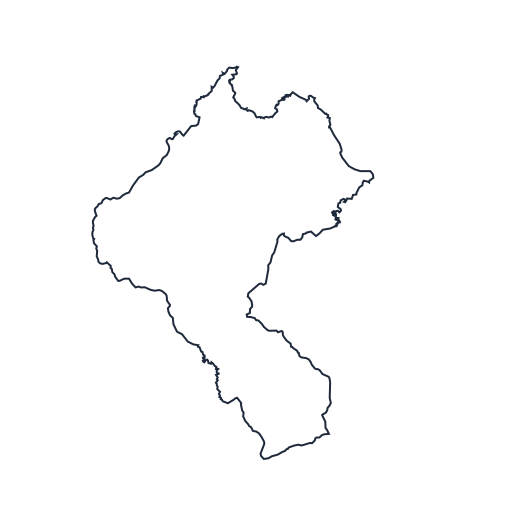 the district of Maros, Sulawesi Selatan, Indonesia, rotated 124°
{"feature_id": "22746128B73491405172020", "entity_name": "Maros", "entity_type": "district", "adm_level": 2, "iso_a3": "IDN", "parent_name": "Indonesia", "parent_adm1": "Sulawesi Selatan", "projection": "orthographic", "projection_center": [119.695, -4.965], "detail": "fine", "context": "isolated", "style": "outline", "palette": "slate", "viewbox_px": 512, "rotation_deg": 124, "n_neighbors": 0, "source": "geoboundaries", "source_scale": "gbopen_adm2", "svg_char_len": 6144}
<svg xmlns="http://www.w3.org/2000/svg" viewBox="0 0 512 512"><g transform="rotate(124 256 256)"><path d="M312.2,154.5L312.6,157.3L314.7,161.7L314.6,164.1L312.4,166.4L312.7,167.2L311.6,168.9L311.5,174.4L311.1,175.0L311.6,176.2L309.3,178.3L309.0,183.4L307.3,188.1L306.4,189.6L304.1,191.3L303.8,192.8L306.9,195.1L306.4,197.3L310.7,203.4L311.0,204.8L310.4,209.7L309.1,213.0L308.1,217.9L309.1,220.1L308.2,222.4L309.6,226.3L311.4,229.3L309.7,231.0L306.7,229.2L303.3,231.3L300.3,230.9L299.0,231.6L296.1,234.3L294.4,238.5L294.3,240.1L291.2,241.5L277.2,237.7L275.9,236.1L275.8,233.8L273.4,232.5L260.0,238.4L256.8,240.7L253.3,240.4L246.6,242.9L242.8,242.9L231.9,246.3L230.5,247.6L226.4,247.9L222.9,246.6L221.8,245.4L222.9,244.9L223.6,243.5L222.9,239.2L224.0,235.1L222.7,233.0L219.6,231.0L217.7,228.3L215.0,228.0L211.6,229.3L209.6,227.4L208.4,227.2L205.0,224.1L205.9,217.4L201.8,216.0L196.9,215.3L191.5,209.7L187.8,207.5L186.3,205.9L185.6,206.0L185.8,206.8L185.3,206.6L184.6,207.3L183.3,206.3L182.9,207.1L181.9,206.8L181.0,207.3L181.2,205.3L180.8,205.3L179.9,207.5L180.7,208.7L179.7,209.6L178.9,208.6L178.4,208.8L179.0,209.9L181.2,210.0L181.3,210.5L177.2,212.6L178.8,213.5L179.0,214.6L176.1,214.3L176.6,215.7L178.0,216.1L177.3,217.3L175.3,216.7L174.8,215.3L172.7,213.5L173.2,211.3L170.8,210.9L169.8,212.1L169.6,215.6L166.3,217.1L164.8,216.0L162.5,216.9L159.7,215.4L159.4,213.5L160.2,213.0L161.9,213.3L161.6,212.2L159.8,212.1L157.4,212.6L155.1,208.6L151.1,209.7L148.9,207.2L147.4,208.0L141.5,208.8L137.9,207.4L135.3,208.6L133.3,208.7L131.9,205.1L131.8,203.3L130.2,204.1L125.6,202.4L123.9,203.9L122.7,205.2L121.7,208.7L127.3,217.0L129.0,222.8L129.6,229.3L126.2,239.6L123.7,243.6L123.0,244.1L121.7,243.6L120.1,244.4L116.1,249.4L112.2,258.8L108.2,266.2L108.6,267.3L107.4,267.9L106.6,267.5L105.5,267.8L102.9,270.7L100.4,271.9L101.2,274.2L99.7,274.3L98.8,275.1L99.1,276.2L98.7,277.4L99.4,278.0L98.4,284.3L98.6,287.4L96.7,289.1L95.1,294.3L94.0,295.1L92.1,295.5L92.7,297.3L92.5,299.9L93.5,301.4L94.5,301.4L96.0,299.9L99.4,300.6L98.6,302.1L99.8,308.8L99.7,317.1L101.9,317.6L103.9,317.3L103.9,318.6L104.8,319.4L105.2,318.4L105.8,318.5L105.0,320.3L106.1,321.4L106.8,321.0L106.4,319.7L107.9,320.4L107.9,321.3L109.3,322.1L109.1,321.2L110.1,321.1L110.1,320.0L110.6,319.9L111.2,320.5L110.7,321.2L110.9,322.3L112.3,322.0L115.1,323.8L117.1,322.4L118.9,322.5L119.0,323.5L119.8,323.6L122.8,322.8L122.8,320.6L124.3,319.1L127.1,319.9L131.8,320.2L132.0,321.4L134.0,322.8L134.9,325.3L136.6,326.6L137.4,326.4L137.9,329.1L138.8,329.4L138.5,330.5L140.6,332.8L140.3,334.1L138.5,337.0L138.1,339.5L139.1,343.5L140.3,344.0L140.1,345.8L138.9,346.3L141.0,347.8L141.0,349.4L141.6,351.0L140.0,354.5L139.1,360.0L137.9,361.5L137.2,363.6L133.0,364.1L132.2,364.6L131.8,367.6L129.0,370.1L128.0,371.9L127.7,371.8L127.5,374.4L126.9,374.6L126.7,375.5L125.7,375.4L125.6,376.3L124.6,376.4L123.1,374.6L120.8,373.9L119.8,374.7L119.0,377.0L116.5,374.1L115.4,373.8L113.2,376.7L109.5,376.5L109.8,377.8L111.0,378.0L113.5,380.8L114.7,383.5L117.3,384.1L119.0,383.5L122.6,383.9L122.7,386.0L123.8,384.6L126.9,386.6L129.1,385.5L132.0,386.1L138.2,385.4L140.5,385.7L140.5,387.4L143.9,385.0L147.8,386.0L148.9,385.7L149.2,386.3L150.5,386.4L151.7,387.5L153.4,388.0L153.0,388.9L154.3,389.4L154.9,390.5L156.5,389.9L160.3,392.2L161.0,391.6L161.7,391.7L162.0,390.9L163.9,389.9L165.0,389.7L165.3,390.6L166.0,389.9L166.6,390.5L167.4,389.6L167.9,389.8L168.8,388.9L169.7,388.8L170.0,388.1L170.6,388.4L172.5,386.7L172.4,385.6L173.5,384.1L172.6,380.3L178.9,377.8L181.3,378.5L184.6,382.4L196.7,383.3L196.6,385.0L195.3,388.8L196.5,390.6L198.1,391.6L200.2,392.0L200.5,391.3L199.5,389.9L202.2,390.6L205.5,390.4L206.2,391.0L206.3,393.5L208.7,394.7L210.6,394.6L211.4,393.8L213.5,389.8L215.6,387.9L217.9,387.0L222.2,386.4L227.1,388.0L232.8,387.2L235.5,387.6L243.1,390.5L248.2,394.3L251.9,394.9L256.5,397.0L266.1,397.4L274.4,396.8L277.0,398.8L280.0,400.3L284.3,401.4L286.3,403.4L287.5,406.9L290.6,408.3L291.3,412.0L291.9,413.0L295.2,414.2L298.7,413.7L300.9,415.4L303.5,415.2L306.3,415.9L307.6,415.7L309.0,414.5L311.8,410.7L313.5,411.2L317.8,410.9L319.3,410.1L321.9,407.4L323.6,407.1L325.3,405.4L327.8,404.9L330.4,403.2L332.5,400.6L332.4,399.7L333.5,399.8L336.0,397.5L337.0,393.3L339.0,392.7L340.6,390.5L345.3,387.9L347.1,385.1L348.8,383.4L349.3,381.4L348.4,378.8L345.5,376.2L344.7,376.2L345.4,370.9L347.3,369.9L347.3,368.4L349.7,366.1L350.3,363.1L352.1,360.9L353.7,356.2L352.6,355.0L348.5,352.6L345.8,348.6L348.3,343.1L349.4,338.3L346.9,336.1L346.4,333.8L344.1,330.7L343.0,324.5L341.5,320.7L338.2,317.0L337.6,314.4L338.1,309.4L338.9,307.9L342.8,304.7L344.7,299.9L345.8,299.5L348.6,299.8L351.1,297.5L353.3,294.0L353.8,290.4L358.8,286.2L362.5,279.9L362.9,278.6L362.2,273.6L365.1,264.7L364.3,258.5L362.3,254.1L363.2,254.1L363.7,253.4L363.2,251.8L365.9,248.0L365.5,246.7L367.4,244.6L367.2,243.1L368.2,242.3L369.2,242.8L369.3,242.0L370.3,242.7L370.9,241.1L372.6,241.5L373.2,240.2L373.0,239.4L370.0,239.3L369.2,238.4L369.8,237.0L371.3,235.6L370.5,233.1L369.0,233.6L369.2,231.5L370.2,228.6L370.1,227.0L372.1,226.1L372.0,225.5L370.9,225.1L370.8,224.1L372.8,224.5L374.3,223.6L374.7,222.8L374.2,221.4L374.6,221.1L376.9,222.7L378.1,219.8L380.1,219.6L380.5,218.2L383.5,218.4L383.9,217.0L385.2,216.1L385.9,214.6L388.0,213.7L388.7,209.9L391.1,209.6L392.0,207.7L393.4,207.5L393.1,205.9L394.5,205.1L394.1,204.0L395.0,202.3L393.8,197.0L387.4,194.0L386.3,193.9L384.1,192.5L386.2,186.0L387.5,185.5L391.7,181.2L392.8,178.7L396.1,177.0L398.8,172.6L399.7,168.8L400.8,166.5L400.7,164.3L402.7,160.8L401.4,157.6L401.4,154.2L402.8,150.4L405.3,145.7L407.0,144.1L417.3,141.7L418.9,140.0L419.9,136.0L416.6,132.5L413.3,131.0L408.5,126.9L403.7,124.6L401.5,123.0L399.2,122.7L398.1,121.7L396.5,121.8L392.0,118.5L388.7,115.3L387.6,112.2L380.8,106.7L379.9,104.9L376.2,104.1L373.7,104.8L373.0,104.6L370.9,101.9L368.0,101.3L366.1,100.2L362.7,96.1L360.6,99.6L359.7,102.2L354.6,105.9L351.0,112.1L350.4,112.3L346.9,110.5L344.3,110.6L341.9,111.7L338.7,111.4L336.0,111.8L332.5,115.5L319.1,124.0L316.2,126.8L315.5,128.2L316.7,134.8L315.1,139.3L315.2,141.4L316.1,142.9L316.3,144.6L314.8,149.2L313.3,151.4L312.2,154.5Z" fill="none" stroke="#1e293b" stroke-width="2"/></g></svg>